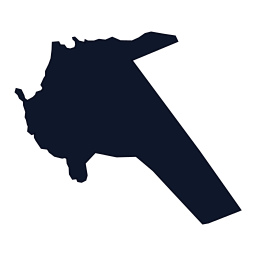 Turtkul, Karakalpakstan, Uzbekistan (Equal Earth projection)
{"feature_id": "79887680B61567760278746", "entity_name": "Turtkul", "entity_type": "district", "adm_level": 2, "iso_a3": "UZB", "parent_name": "Uzbekistan", "parent_adm1": "Karakalpakstan", "projection": "equal_earth", "projection_center": [61.273, 41.464], "detail": "fine", "context": "isolated", "style": "filled", "palette": "ink", "viewbox_px": 256, "rotation_deg": 0, "n_neighbors": 0, "source": "geoboundaries", "source_scale": "gbopen_adm2", "svg_char_len": 1083}
<svg xmlns="http://www.w3.org/2000/svg" viewBox="0 0 256 256"><path d="M240.6,210.0L199.2,151.2L131.8,60.3L177.5,41.3L175.1,36.2L164.4,34.6L151.1,32.3L145.2,33.8L139.1,38.0L132.1,41.2L120.3,41.0L112.2,37.5L105.5,40.4L98.9,39.6L94.1,41.3L87.8,41.3L85.3,40.0L84.8,42.7L78.8,41.3L74.8,37.4L72.9,37.7L73.2,39.1L75.5,41.2L75.9,44.9L74.9,47.7L70.3,49.2L66.5,48.5L64.2,45.3L60.3,45.2L58.6,42.0L52.6,42.5L52.3,49.8L51.3,58.5L49.1,64.5L45.8,71.2L45.8,76.0L44.2,78.3L41.2,84.9L43.3,88.0L41.5,90.8L36.6,92.4L35.7,95.1L33.1,97.6L27.2,100.8L24.4,98.5L23.7,95.6L21.0,90.0L16.3,88.8L15.4,92.1L18.2,94.7L19.7,98.2L23.7,101.3L23.8,105.3L26.0,112.0L25.4,117.2L26.6,119.6L27.7,124.7L28.5,126.3L27.9,131.2L31.6,134.3L34.6,133.4L34.7,137.5L36.2,140.4L40.3,146.5L41.4,148.1L47.5,148.9L49.5,152.1L54.6,156.0L62.2,157.9L64.7,157.3L66.9,158.3L67.4,163.4L69.4,167.5L69.7,174.2L72.6,179.0L76.7,178.4L77.9,181.3L81.6,182.0L85.6,180.0L86.9,175.4L84.9,163.3L95.2,152.3L116.6,156.6L136.1,156.1L153.2,170.5L170.9,189.6L202.7,223.7L208.3,222.7L240.6,210.0Z" fill="#0f172a" stroke="#020617" stroke-width="1.5"/></svg>